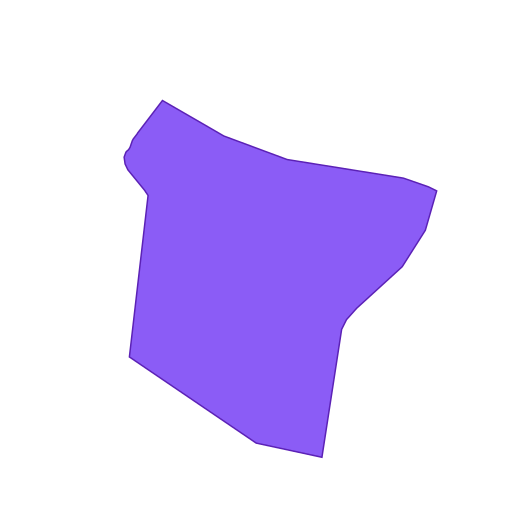 the Parish of Saint Paul, rotated 124°
{"feature_id": "DMA-1440", "entity_name": "Saint Paul", "entity_type": "Parish", "adm_level": 1, "iso_a3": "DMA", "parent_name": "Dominica", "parent_adm1": "", "projection": "mercator", "projection_center": [-61.378, 15.359], "detail": "fine", "context": "isolated", "style": "filled", "palette": "violet", "viewbox_px": 512, "rotation_deg": 124, "n_neighbors": 0, "source": "natural_earth", "source_scale": "10m", "svg_char_len": 554}
<svg xmlns="http://www.w3.org/2000/svg" viewBox="0 0 512 512"><g transform="rotate(124 256 256)"><path d="M179.4,420.5L174.5,349.7L158.6,284.1L109.0,177.3L102.2,151.6L101.0,142.6L140.0,130.0L183.1,128.8L242.9,143.3L258.1,145.4L268.9,144.0L386.0,88.8L411.0,151.2L410.5,304.5L266.2,379.3L265.1,381.9L264.6,383.3L263.9,384.8L256.2,410.4L252.9,416.0L247.8,420.6L245.0,421.3L242.6,421.9L241.2,421.7L239.6,421.2L238.1,421.1L236.3,421.2L229.6,423.0L227.5,423.2L221.3,422.8L220.2,422.9L179.4,420.5Z" fill="#8b5cf6" stroke="#5b21b6" stroke-width="1.5"/></g></svg>